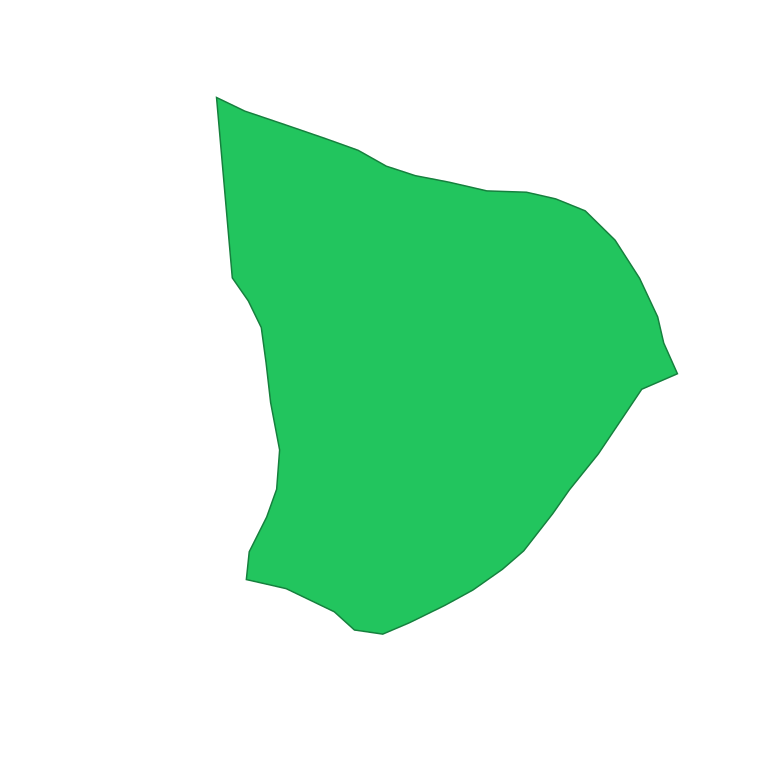 Kouh Ouest, Logone Oriental, Chad (Albers equal-area conic projection), rotated 203°
{"feature_id": "50815135B27112556056018", "entity_name": "Kouh Ouest", "entity_type": "district", "adm_level": 2, "iso_a3": "TCD", "parent_name": "Chad", "parent_adm1": "Logone Oriental", "projection": "albers", "projection_center": [16.878, 8.171], "detail": "fine", "context": "isolated", "style": "filled", "palette": "green", "viewbox_px": 768, "rotation_deg": 203, "n_neighbors": 0, "source": "geoboundaries", "source_scale": "gbopen_adm2", "svg_char_len": 675}
<svg xmlns="http://www.w3.org/2000/svg" viewBox="0 0 768 768"><g transform="rotate(203 384 384)"><path d="M287.4,153.3L267.3,174.2L241.5,204.0L221.6,229.2L202.5,259.9L190.2,285.0L178.0,330.7L172.0,359.0L159.4,403.4L150.7,448.6L144.7,479.9L117.9,508.1L142.5,531.0L158.3,552.7L190.1,581.2L227.5,606.7L266.4,622.0L298.2,621.5L327.8,616.2L364.9,601.9L402.4,595.3L436.6,588.0L467.0,585.4L499.1,589.0L532.4,587.1L573.7,584.2L618.8,580.8L650.1,582.3L565.1,422.4L541.4,407.5L519.0,388.0L500.8,357.4L481.1,322.6L454.3,282.5L441.7,245.2L440.0,215.7L442.5,176.9L434.3,150.2L394.1,157.4L340.8,154.9L315.1,146.0L287.4,153.3Z" fill="#22c55e" stroke="#15803d" stroke-width="1.5"/></g></svg>